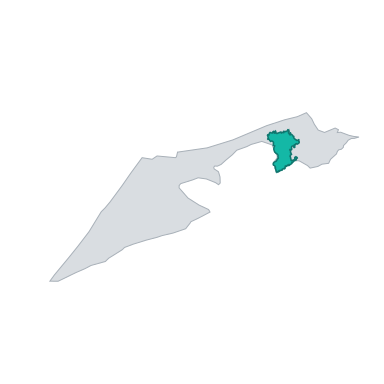 Yizre'el, HaZafon, Israel (highlighted), rotated 54°
{"feature_id": "584046B83064859640631", "entity_name": "Yizre'el", "entity_type": "district", "adm_level": 2, "iso_a3": "ISR", "parent_name": "Israel", "parent_adm1": "HaZafon", "projection": "natural_earth1", "projection_center": [35.352, 32.606], "detail": "fine", "context": "in_parent", "style": "filled", "palette": "teal", "viewbox_px": 384, "rotation_deg": 54, "n_neighbors": 0, "source": "geoboundaries", "source_scale": "gbopen_adm2", "svg_char_len": 6592}
<svg xmlns="http://www.w3.org/2000/svg" viewBox="0 0 384 384"><g transform="rotate(54 192 192)"><path d="M245.7,24.6L244.0,29.2L242.4,31.5L241.9,35.2L242.9,38.2L243.5,42.2L244.8,43.3L245.2,46.0L244.1,48.6L244.7,50.7L246.1,52.7L247.0,60.8L249.1,64.6L245.9,70.5L245.3,75.2L242.1,82.4L238.5,83.0L229.9,86.9L228.8,88.1L227.3,90.4L227.0,92.2L225.8,111.3L221.1,110.8L215.5,106.6L214.4,103.0L212.7,101.8L208.6,101.3L201.0,99.5L192.1,105.8L188.3,116.2L187.5,121.0L184.5,131.2L185.6,137.5L186.1,145.6L186.8,152.3L186.0,156.3L184.3,158.4L184.8,159.9L186.3,160.5L191.2,158.7L196.3,160.5L201.3,163.9L201.7,166.2L198.2,167.5L189.9,172.7L184.1,178.7L182.6,184.3L178.6,196.2L179.2,198.6L181.1,200.0L194.5,198.8L206.7,194.0L215.9,188.9L218.8,189.2L216.9,202.3L215.4,210.3L216.0,211.7L218.0,218.7L214.1,231.4L209.7,241.8L208.2,246.7L203.9,257.7L199.6,270.4L197.2,279.2L197.7,282.3L196.6,298.3L197.3,302.9L192.1,316.8L191.1,323.7L189.0,333.1L185.5,352.8L180.6,359.4L178.2,352.0L172.8,330.9L168.9,316.5L163.6,298.7L154.6,277.0L153.8,271.8L151.9,264.2L145.7,244.6L140.7,230.3L134.9,212.2L142.1,205.0L142.3,199.1L154.5,185.2L154.4,183.9L151.2,180.2L151.6,179.6L165.2,153.8L173.9,128.2L182.2,92.7L188.0,74.7L192.9,62.7L195.1,52.8L203.1,52.1L209.0,53.2L216.1,53.5L221.7,49.8L224.4,38.6L227.7,36.9L229.3,39.5L231.0,36.6L238.4,31.7L242.1,28.5L245.7,24.6Z" fill="#d9dde1" stroke="#a8b0b8" stroke-width="1"/><path d="M191.0,90.0L190.9,90.3L190.9,90.6L191.1,90.7L191.2,90.9L191.1,91.1L190.9,91.2L190.9,91.5L191.6,91.9L191.6,92.2L191.4,92.4L191.1,92.8L190.8,93.1L190.2,93.4L190.1,93.6L189.8,93.7L189.7,93.8L190.0,95.0L190.4,95.2L190.5,95.4L190.6,96.1L190.6,96.3L190.9,96.4L190.8,96.5L190.2,97.0L190.3,97.3L190.6,97.4L190.7,97.7L191.5,97.7L191.7,98.0L192.1,98.2L192.3,98.3L193.0,98.4L193.3,98.5L193.4,99.2L193.6,99.6L193.8,99.6L194.0,99.6L194.1,99.3L194.6,98.8L195.1,98.8L196.5,98.8L197.3,98.7L197.5,97.6L197.8,97.3L198.2,97.2L198.4,97.0L198.6,96.9L199.4,96.9L199.8,96.9L200.0,97.1L200.2,97.4L200.5,97.6L200.9,97.7L201.5,98.4L201.7,98.5L201.9,98.8L202.4,98.6L202.8,98.2L203.0,98.1L203.3,98.0L204.0,99.3L204.8,100.1L205.3,100.6L207.1,101.3L208.4,101.6L208.9,101.4L209.7,101.4L210.3,101.1L210.9,101.0L211.2,100.8L211.4,100.7L212.3,100.7L213.3,101.0L213.5,101.3L213.8,101.5L214.1,101.8L214.3,101.9L214.6,101.9L214.9,102.1L215.3,102.2L215.4,102.3L215.5,102.6L215.5,103.2L215.8,103.8L215.9,104.4L216.2,104.8L216.3,105.2L216.6,105.6L216.6,105.9L216.5,106.3L216.3,106.5L216.2,106.7L216.3,107.6L216.1,108.2L216.2,108.3L216.3,108.5L216.3,108.8L216.6,109.1L216.6,109.4L216.8,109.5L217.0,109.8L217.2,110.0L217.7,110.2L218.2,110.3L218.4,110.2L218.6,110.0L218.8,109.9L219.1,109.8L219.9,109.7L220.6,109.8L220.9,109.9L221.1,110.2L221.3,110.4L221.5,110.4L221.5,110.6L222.2,110.8L222.6,111.0L223.2,111.0L223.7,111.4L224.3,111.4L224.5,111.5L224.7,111.8L224.9,111.8L225.1,112.0L225.4,111.8L225.9,111.8L226.0,111.8L226.0,111.6L225.8,111.4L225.8,110.8L225.9,110.7L226.2,110.8L226.3,110.6L226.2,110.5L226.2,110.3L226.2,110.1L226.4,110.0L226.3,109.8L226.2,109.7L226.3,109.4L226.0,109.2L225.9,109.1L226.0,109.0L226.3,108.9L226.1,108.7L226.1,108.4L226.2,108.1L226.3,108.0L226.6,108.0L226.7,107.9L226.8,107.8L226.9,106.7L227.0,106.5L227.2,106.4L227.3,106.2L227.1,105.7L226.8,105.7L226.7,105.5L226.6,105.4L226.8,105.1L227.0,104.4L226.9,104.1L227.0,104.0L227.2,103.8L227.7,103.5L227.6,103.1L227.5,102.7L227.4,102.6L226.8,102.5L226.7,102.4L226.5,102.1L226.6,101.9L226.5,101.5L226.2,101.4L226.1,101.2L225.9,101.1L226.2,100.6L226.3,100.6L226.5,100.6L226.8,100.5L226.8,100.4L226.7,100.0L226.6,99.9L226.5,99.6L226.5,98.8L226.8,99.1L227.0,99.0L227.1,98.9L227.1,98.6L227.1,98.2L227.3,98.1L227.5,98.0L227.6,97.9L227.6,97.6L227.6,97.3L227.3,97.1L227.2,97.0L227.2,96.8L227.5,96.5L227.6,96.2L227.6,95.4L227.6,94.4L227.4,94.1L226.9,94.0L226.9,93.8L226.9,93.5L227.2,93.3L227.2,92.7L226.9,92.3L226.8,92.0L226.6,91.9L226.5,91.7L226.8,91.5L226.8,91.2L226.7,90.7L226.9,90.6L226.9,90.4L226.8,90.1L227.0,90.0L227.0,89.4L227.2,89.2L227.3,88.9L226.8,88.3L226.7,88.2L226.5,87.8L226.3,87.7L226.2,87.5L226.2,87.2L226.4,87.0L226.4,86.8L226.1,86.7L225.4,86.8L225.0,87.1L224.5,87.2L224.5,87.3L224.6,87.5L224.7,87.8L224.4,88.3L224.7,88.8L224.8,89.0L225.9,89.4L226.1,89.5L226.1,89.8L226.1,90.3L225.8,90.7L225.7,91.7L225.7,91.8L225.3,92.2L225.1,92.4L225.1,93.2L224.9,93.3L224.6,93.3L224.4,93.1L223.9,92.9L223.5,92.6L223.0,92.6L222.8,92.5L222.7,92.3L222.3,92.2L222.0,91.9L221.7,91.8L220.9,91.8L220.8,91.7L220.8,91.4L220.6,91.2L220.1,91.0L220.0,90.9L220.1,89.6L220.1,89.4L219.9,89.3L219.2,89.3L218.7,89.0L218.4,89.2L218.1,89.2L217.7,88.9L217.3,88.5L216.9,88.4L216.5,88.0L216.3,87.8L215.9,87.8L215.6,88.2L215.4,88.2L215.3,87.9L215.2,87.6L215.4,87.5L215.7,87.4L215.9,87.2L216.2,87.0L216.3,86.8L216.2,86.3L215.8,86.0L215.6,85.9L215.2,85.8L215.1,85.6L214.6,85.5L214.4,85.2L214.1,84.9L213.8,84.7L213.8,83.7L214.1,83.3L214.3,83.0L214.7,82.9L215.2,83.0L215.4,83.0L215.6,83.3L216.0,83.3L216.2,83.1L216.2,82.6L216.1,82.3L215.4,82.2L215.2,82.1L215.0,81.7L214.8,81.7L214.5,81.9L214.2,81.9L214.0,81.5L214.1,81.4L214.1,81.0L214.2,80.8L214.5,80.7L214.5,80.4L214.4,80.2L214.1,79.9L214.0,79.6L214.1,79.2L214.3,79.0L214.9,78.9L215.1,78.8L215.1,78.7L215.2,77.9L215.3,77.4L215.2,77.2L215.2,76.5L214.9,76.1L214.6,76.0L214.2,75.7L213.8,75.9L213.7,75.9L213.5,75.7L213.1,75.5L213.0,75.2L212.8,74.9L212.6,74.9L212.4,74.9L212.3,75.7L212.4,76.0L212.1,76.5L212.0,76.8L211.9,77.0L211.6,77.1L211.3,77.0L210.9,77.1L210.6,77.4L210.4,77.5L209.7,77.5L209.4,77.8L209.2,77.8L208.5,77.9L208.0,77.8L207.8,77.8L207.7,77.5L207.5,77.4L207.2,77.1L206.7,77.0L206.4,77.4L206.1,77.5L205.8,77.4L205.3,77.3L204.8,77.4L204.1,77.5L203.8,77.8L203.6,77.9L203.6,78.1L203.6,78.8L203.3,79.1L203.1,79.3L202.6,79.3L202.5,79.2L202.4,78.9L202.5,78.6L202.5,77.8L202.4,77.6L201.9,77.6L201.8,77.9L201.8,78.5L201.5,78.8L201.4,79.2L201.2,79.3L200.7,78.9L200.4,78.9L200.1,78.5L200.1,77.9L199.7,77.8L199.6,77.6L199.3,77.5L198.8,77.4L198.6,77.3L198.6,77.5L198.3,77.7L198.2,77.9L198.0,78.0L198.3,78.4L198.6,78.7L198.7,78.9L198.6,79.1L198.5,79.3L198.4,79.6L198.3,80.7L198.1,80.8L197.8,80.9L197.6,81.1L197.6,82.0L197.4,82.1L196.8,82.2L196.8,82.3L196.9,82.5L197.6,82.6L197.8,82.7L197.9,82.9L197.7,83.0L197.3,83.5L196.9,84.0L196.9,85.0L196.7,85.1L196.0,85.2L195.9,85.1L195.7,84.9L195.4,85.4L195.4,86.1L195.3,86.4L195.2,86.7L195.1,87.3L194.9,87.5L194.8,87.9L194.7,88.7L194.7,88.9L194.0,89.0L193.6,89.3L193.2,89.3L192.9,89.2L192.6,88.8L192.1,88.6L191.9,88.6L192.0,88.8L192.6,89.1L192.7,89.4L193.0,89.5L193.1,90.2L193.2,90.3L193.1,90.5L192.7,90.7L192.4,90.6L191.8,90.0L191.3,89.9L191.0,90.0Z" fill="#14b8a6" stroke="#0f766e" stroke-width="1.5"/></g></svg>